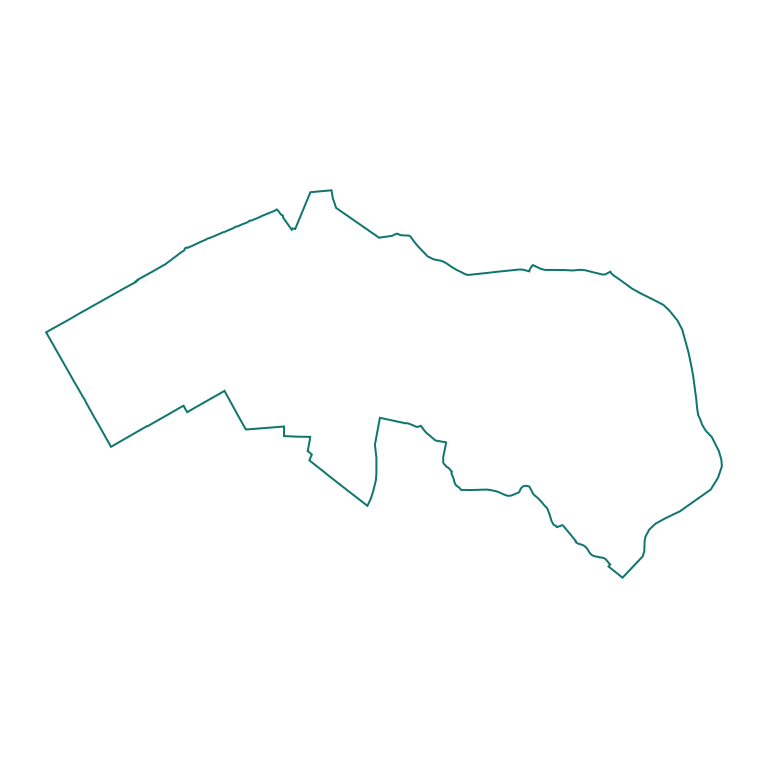 Bordusani, Ialomita, Romania (Albers equal-area conic projection)
{"feature_id": "2599482B85450096511217", "entity_name": "Bordusani", "entity_type": "district", "adm_level": 2, "iso_a3": "ROU", "parent_name": "Romania", "parent_adm1": "Ialomita", "projection": "albers", "projection_center": [27.95, 44.468], "detail": "fine", "context": "isolated", "style": "outline", "palette": "teal", "viewbox_px": 768, "rotation_deg": 0, "n_neighbors": 0, "source": "geoboundaries", "source_scale": "gbopen_adm2", "svg_char_len": 6055}
<svg xmlns="http://www.w3.org/2000/svg" viewBox="0 0 768 768"><path d="M622.5,577.7L642.8,556.3L644.3,550.9L644.6,541.5L645.5,536.5L649.3,529.5L655.5,523.7L664.5,518.7L672.9,514.6L679.6,511.5L710.8,489.5L718.1,477.5L721.9,466.2L721.3,459.5L718.9,451.2L711.9,437.2L705.5,430.4L702.0,424.4L700.3,419.5L698.2,415.1L697.1,408.1L696.3,399.6L693.0,374.8L691.4,366.4L688.5,352.4L682.2,329.5L677.3,320.3L669.3,310.5L663.4,304.9L650.6,298.3L641.6,293.9L632.0,288.6L619.0,279.1L614.1,275.8L611.2,273.3L610.4,271.7L604.9,274.5L601.8,274.4L590.9,271.7L585.9,270.4L582.7,269.9L578.7,269.9L572.3,270.5L564.1,270.0L545.1,269.9L541.2,269.0L532.9,265.1L532.1,265.8L530.3,268.5L529.7,269.6L529.5,270.3L529.3,271.2L529.3,271.3L522.1,269.5L519.5,269.5L497.8,271.7L484.7,273.2L468.6,274.9L468.1,274.9L467.2,274.8L466.2,274.5L464.0,273.6L461.5,272.2L458.4,270.8L454.7,268.8L453.9,268.3L452.8,267.7L448.3,264.6L446.3,263.3L444.1,262.0L442.9,261.5L440.4,260.6L440.0,260.5L438.5,260.3L436.1,259.9L434.5,259.5L433.4,259.2L431.3,258.2L428.5,256.8L428.2,256.6L427.5,256.2L427.0,255.8L426.8,255.6L425.2,253.8L424.6,253.1L422.6,251.2L418.9,247.2L417.2,245.4L413.9,241.3L411.2,237.5L410.7,236.8L410.4,236.5L410.0,236.2L409.3,235.8L408.7,235.6L408.0,235.5L407.1,235.5L403.3,235.4L401.0,235.2L400.6,235.1L400.2,235.0L399.3,234.6L398.0,233.9L397.7,233.8L397.5,233.7L397.2,233.7L396.8,233.8L395.9,234.1L395.2,234.3L394.4,234.7L392.4,235.7L392.2,235.8L385.4,236.8L379.5,237.6L379.2,237.8L336.1,207.9L332.8,198.1L332.5,196.2L332.1,193.9L331.5,190.3L310.4,192.2L295.2,229.0L292.8,228.4L291.8,229.8L283.3,217.9L283.1,217.3L283.2,216.9L283.0,216.2L282.8,215.5L282.3,215.2L281.6,214.9L280.9,214.5L279.7,212.8L278.7,211.4L277.1,209.6L276.1,209.6L275.7,210.2L273.1,211.4L266.4,214.1L262.0,215.9L259.2,217.3L251.0,220.7L250.4,220.7L249.9,220.6L249.5,220.7L249.1,220.9L248.5,221.5L247.7,222.1L245.5,223.1L243.0,224.0L239.9,225.3L238.5,226.0L237.3,226.4L236.8,226.5L235.9,226.6L235.5,226.6L235.3,226.7L234.9,227.2L234.5,227.6L228.5,230.2L223.6,232.3L222.7,232.3L222.0,232.6L220.8,233.3L219.5,233.8L215.0,235.8L210.8,237.5L209.7,238.0L209.2,238.1L208.4,238.3L206.9,238.9L205.9,239.6L201.0,241.7L197.4,243.4L194.3,244.8L192.1,245.9L189.7,246.9L187.4,247.9L187.1,247.7L186.5,247.5L184.7,248.5L184.6,248.8L184.6,249.5L184.5,249.9L184.2,250.4L181.2,252.3L179.7,253.4L178.3,254.5L174.9,257.1L173.0,258.4L172.2,259.1L171.4,259.8L168.3,262.0L167.6,262.5L167.0,263.0L166.2,263.7L152.6,271.5L137.5,279.8L137.7,280.3L135.5,281.5L135.8,282.0L124.9,287.9L77.6,314.5L67.5,320.4L54.1,327.8L46.1,332.3L51.5,341.8L55.2,348.3L57.7,352.7L62.0,360.3L66.5,368.2L74.9,383.1L76.4,385.5L80.8,393.2L81.5,394.4L83.2,397.3L84.3,399.0L85.1,400.4L86.0,402.4L86.7,403.6L88.6,407.0L89.6,409.0L90.7,410.8L91.7,412.7L93.3,415.6L97.5,422.8L103.3,433.1L111.0,446.8L146.8,426.2L147.6,426.2L150.4,424.6L152.6,423.3L169.0,414.0L173.3,411.5L183.4,405.7L183.6,405.7L184.8,408.1L186.4,410.8L187.2,412.2L191.6,409.6L224.5,390.9L238.6,416.6L245.5,428.9L245.9,428.9L246.1,429.5L284.1,426.5L284.0,436.1L298.6,436.7L307.0,436.8L310.1,436.9L309.8,439.8L309.5,441.7L309.2,443.2L308.8,445.5L307.7,451.2L308.2,451.4L308.5,451.6L311.8,454.5L309.4,460.4L325.8,473.3L326.2,473.8L348.3,491.0L367.4,505.8L370.9,498.5L373.2,491.2L375.9,480.2L376.4,473.3L376.4,457.5L374.9,444.8L379.9,417.8L405.5,423.3L405.9,423.3L406.1,423.2L406.7,423.1L407.4,423.3L408.4,423.5L408.6,423.6L410.4,424.2L411.7,424.8L413.3,425.4L414.9,426.2L416.0,426.6L416.7,426.8L417.3,426.9L417.8,426.8L419.3,426.4L420.3,426.0L420.8,425.8L421.3,426.5L421.7,427.0L422.3,427.7L422.9,428.5L423.2,429.1L424.5,430.7L426.4,432.9L426.9,433.3L427.3,433.6L428.6,434.7L430.1,435.9L434.0,439.3L435.0,440.1L435.6,440.4L435.9,440.6L446.0,442.3L446.2,442.5L445.2,447.3L445.0,448.4L444.3,451.8L443.4,456.0L443.3,456.7L443.2,457.3L443.2,458.6L443.3,459.8L443.2,460.8L443.2,461.4L443.3,462.5L443.5,463.2L443.7,463.6L444.2,464.2L445.0,464.9L445.4,465.4L445.6,465.8L446.1,466.2L446.5,466.7L446.8,467.0L447.4,467.2L448.2,467.7L448.6,468.0L448.9,468.3L449.8,469.2L450.1,469.5L450.3,469.9L450.8,470.7L450.9,470.9L451.2,471.1L451.7,471.3L451.9,471.6L451.9,471.9L451.8,472.2L451.6,472.6L451.5,472.8L451.4,473.1L451.4,473.3L451.5,473.5L452.0,474.9L453.3,477.8L453.9,479.8L454.2,481.1L454.4,482.0L455.2,483.9L455.6,484.7L456.7,485.9L459.3,487.7L461.1,489.9L470.4,490.0L476.7,489.9L481.5,489.7L485.9,489.6L487.0,489.6L490.3,490.0L496.7,491.4L498.6,492.1L503.5,494.3L505.9,495.3L507.7,495.7L508.4,495.8L508.6,495.9L509.9,495.7L511.5,495.5L515.2,493.9L518.5,492.6L519.2,492.0L520.7,488.8L521.6,487.6L521.9,487.3L523.1,486.4L523.8,486.1L524.3,486.0L524.9,485.9L525.6,485.8L526.2,485.9L527.3,486.0L529.0,486.5L529.3,486.6L529.5,486.9L529.7,487.1L529.9,487.6L531.3,490.2L531.9,491.4L532.7,493.0L533.4,494.1L534.3,495.1L537.2,497.5L540.5,500.8L541.9,502.4L545.3,506.5L546.2,507.1L546.8,507.7L547.8,509.6L548.4,511.4L549.9,515.4L550.9,518.9L551.3,520.4L551.5,520.9L551.8,521.6L552.5,522.7L552.9,523.4L553.1,523.9L553.2,524.1L553.4,524.4L553.9,524.8L554.2,525.1L554.5,525.2L555.7,525.8L556.0,526.1L556.3,526.7L556.4,526.8L556.6,527.0L557.1,527.1L557.5,527.1L557.8,526.9L558.2,526.6L558.6,526.4L559.0,526.3L559.5,526.2L559.9,526.1L560.3,525.9L561.2,525.4L561.7,525.3L562.1,525.3L562.4,525.3L562.8,525.4L563.0,525.5L563.6,526.2L565.7,528.7L567.9,531.4L570.7,534.7L571.2,535.3L571.5,535.7L572.3,536.8L572.5,537.1L574.4,539.3L575.9,541.2L575.5,541.5L575.7,541.8L575.8,542.0L576.2,542.5L576.8,542.9L577.7,543.4L578.5,543.7L580.0,544.2L581.5,544.6L582.8,545.1L583.6,545.5L584.7,546.3L585.7,547.2L586.5,547.9L586.9,548.3L587.1,548.6L587.4,549.0L587.6,549.3L588.7,551.3L589.9,553.0L590.4,553.7L590.8,554.2L591.3,554.6L591.7,554.9L592.4,555.3L593.2,555.7L593.9,556.0L595.0,556.3L595.8,556.5L598.3,556.9L598.3,557.0L598.7,557.1L599.2,557.3L599.6,557.4L601.8,557.5L602.8,557.8L604.3,558.4L605.0,558.7L605.4,558.9L605.7,559.2L606.4,560.0L606.6,560.4L606.9,560.8L607.3,561.2L607.7,561.5L608.0,561.9L608.3,562.3L608.5,562.7L608.8,563.2L609.7,564.0L610.2,564.4L608.5,566.5L622.5,577.7Z" fill="none" stroke="#0f766e" stroke-width="2"/></svg>